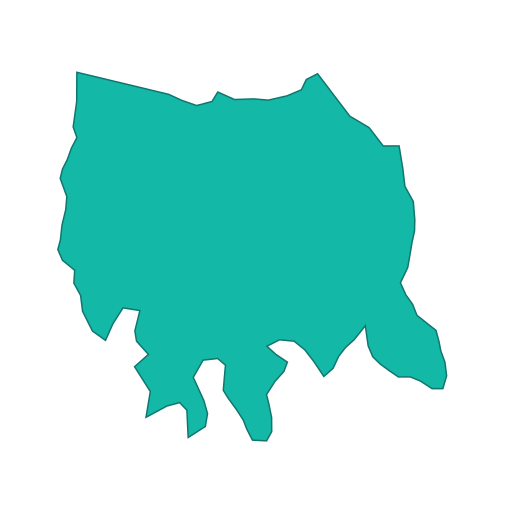 outline of Bom Progresso, Rio Grande do Sul, Brazil, rotated 97°
{"feature_id": "56859067B54458267467801", "entity_name": "Bom Progresso", "entity_type": "district", "adm_level": 2, "iso_a3": "BRA", "parent_name": "Brazil", "parent_adm1": "Rio Grande do Sul", "projection": "natural_earth1", "projection_center": [-53.832, -27.54], "detail": "fine", "context": "isolated", "style": "filled", "palette": "teal", "viewbox_px": 512, "rotation_deg": 97, "n_neighbors": 0, "source": "geoboundaries", "source_scale": "gbopen_adm2", "svg_char_len": 1493}
<svg xmlns="http://www.w3.org/2000/svg" viewBox="0 0 512 512"><g transform="rotate(97 256 256)"><path d="M358.7,99.9L357.2,88.3L360.0,77.8L366.2,65.1L364.9,54.4L351.7,52.2L338.2,55.6L327.7,61.0L319.0,63.8L307.9,68.3L301.7,78.5L295.3,89.0L284.8,94.7L276.5,102.4L265.0,109.4L249.0,104.0L235.5,103.3L223.5,102.8L211.8,101.7L200.7,102.8L191.5,104.7L182.8,106.5L168.7,116.7L151.1,121.0L129.3,127.4L131.3,143.1L114.8,159.4L105.8,179.9L67.6,217.1L74.7,227.6L85.5,231.2L93.2,244.6L99.8,262.8L100.3,277.1L103.3,296.4L97.9,313.9L108.0,318.5L113.9,333.3L110.5,348.9L106.2,362.3L95.5,456.2L124.4,452.8L150.2,453.2L160.3,448.2L171.2,452.3L183.4,455.1L193.4,458.7L202.8,459.8L220.1,451.0L233.1,450.5L248.9,452.3L263.9,452.1L273.7,453.5L283.8,447.6L292.3,434.2L305.1,433.5L316.5,425.3L332.0,421.4L350.4,409.2L358.1,395.1L340.8,389.8L323.7,381.7L324.3,364.6L345.1,367.1L355.1,364.2L366.8,350.8L380.7,363.0L403.4,344.4L429.5,345.5L415.8,326.2L410.8,313.9L417.5,305.8L444.4,301.2L431.4,285.5L418.3,284.9L405.9,290.1L384.1,303.5L365.8,295.8L362.4,281.5L368.1,273.0L380.3,272.6L393.3,272.1L400.6,266.2L410.8,256.7L420.3,248.7L429.0,244.0L439.2,237.1L438.2,223.0L428.4,219.0L414.5,220.8L401.0,225.3L392.3,228.7L378.2,221.9L367.1,214.2L357.5,211.9L351.3,224.2L344.2,234.2L336.3,222.4L335.9,207.8L343.1,196.2L353.8,185.6L367.3,174.0L358.1,165.8L345.5,161.7L335.9,156.0L327.3,148.5L311.9,139.0L331.6,133.7L341.8,127.8L348.0,119.7L353.8,109.4L358.7,99.9Z" fill="#14b8a6" stroke="#0f766e" stroke-width="1.5"/></g></svg>